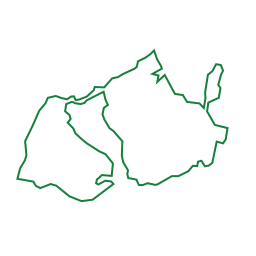 outline of Téra, Tillabéri, Niger, rotated 282°
{"feature_id": "23599985B14211003047249", "entity_name": "Téra", "entity_type": "district", "adm_level": 2, "iso_a3": "NER", "parent_name": "Niger", "parent_adm1": "Tillabéri", "projection": "mercator", "projection_center": [0.75, 14.304], "detail": "fine", "context": "isolated", "style": "outline", "palette": "green", "viewbox_px": 256, "rotation_deg": 282, "n_neighbors": 0, "source": "geoboundaries", "source_scale": "gbopen_adm2", "svg_char_len": 1639}
<svg xmlns="http://www.w3.org/2000/svg" viewBox="0 0 256 256"><g transform="rotate(282 128 128)"><path d="M74.5,150.5L75.2,154.3L78.1,158.7L78.0,166.6L79.2,168.8L90.0,180.9L91.4,187.3L98.3,196.0L104.5,199.3L105.1,203.6L109.6,203.5L111.2,206.6L106.5,211.2L108.0,214.8L111.3,217.7L133.1,217.6L132.7,224.1L137.1,225.9L148.6,225.4L149.1,212.3L160.7,201.9L169.6,201.3L176.4,210.5L186.2,210.2L189.0,207.3L199.1,207.9L204.0,209.0L208.9,205.6L208.7,200.9L201.3,198.8L196.7,195.1L179.3,196.0L173.0,197.6L163.3,198.0L166.9,192.8L165.8,180.4L171.6,174.8L171.1,166.8L187.5,152.9L179.2,147.1L185.7,146.9L186.0,140.7L193.0,148.7L195.3,147.6L201.2,142.2L209.2,137.4L204.3,134.0L200.5,130.5L195.3,123.9L189.6,123.9L187.3,122.0L179.7,111.8L175.7,107.6L173.3,102.2L162.8,96.3L161.2,87.0L157.8,86.6L150.1,81.1L147.3,76.8L145.8,74.5L144.4,71.0L147.7,68.6L147.0,65.9L143.4,62.4L143.5,56.6L144.3,50.7L142.8,47.4L140.8,43.3L134.9,42.1L126.3,37.5L125.2,37.3L118.8,36.0L111.0,34.4L93.7,30.1L80.3,34.3L75.0,33.9L66.2,30.9L55.3,30.4L55.9,46.6L52.2,49.9L51.0,54.7L57.1,64.0L56.7,69.8L49.0,84.9L46.8,97.7L50.5,108.3L70.2,125.4L72.2,122.7L71.7,116.7L66.6,110.8L67.3,108.3L71.1,108.3L76.6,112.4L77.1,116.8L77.8,122.0L90.2,120.6L97.7,111.5L99.2,104.7L104.5,90.8L107.0,85.9L111.8,77.7L116.2,74.6L120.7,67.9L124.9,70.0L128.6,68.0L131.3,63.0L138.6,62.6L141.8,67.5L141.8,69.7L141.2,70.9L141.6,76.8L143.4,80.1L146.4,81.8L158.4,96.6L151.2,100.0L146.4,103.5L142.6,100.2L136.1,100.2L131.3,103.2L124.1,109.8L121.7,114.9L118.8,118.6L113.9,125.2L99.4,127.8L93.7,130.3L86.6,136.8L82.7,136.9L79.1,138.7L79.3,146.9L74.5,150.5Z" fill="none" stroke="#15803d" stroke-width="2"/></g></svg>